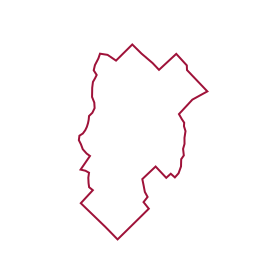 Nova Bréscia, Rio Grande do Sul, Brazil, rotated 316°
{"feature_id": "56859067B97551454910446", "entity_name": "Nova Bréscia", "entity_type": "district", "adm_level": 2, "iso_a3": "BRA", "parent_name": "Brazil", "parent_adm1": "Rio Grande do Sul", "projection": "natural_earth1", "projection_center": [-52.037, -29.217], "detail": "fine", "context": "isolated", "style": "outline", "palette": "rose", "viewbox_px": 256, "rotation_deg": 316, "n_neighbors": 0, "source": "geoboundaries", "source_scale": "gbopen_adm2", "svg_char_len": 969}
<svg xmlns="http://www.w3.org/2000/svg" viewBox="0 0 256 256"><g transform="rotate(316 128 128)"><path d="M205.1,155.3L210.5,156.8L210.7,127.3L213.8,123.8L214.2,108.2L190.7,107.7L190.8,98.4L189.4,83.9L189.1,70.9L166.2,71.2L164.1,61.2L159.5,55.1L155.0,57.4L147.9,59.8L143.4,62.7L142.3,68.1L139.0,69.3L134.8,70.5L130.2,74.2L126.3,78.1L123.7,80.7L121.4,86.3L117.8,90.5L112.9,92.3L108.3,92.3L105.4,94.8L102.5,96.8L99.2,98.6L95.7,99.9L91.7,100.6L87.7,99.8L84.2,102.6L82.8,107.1L80.7,111.9L80.5,117.7L81.2,121.7L65.0,125.0L67.7,129.2L68.9,133.1L64.9,136.2L61.3,140.3L58.9,143.6L59.5,148.3L41.8,149.3L43.0,183.6L43.1,200.9L66.9,200.7L86.9,200.5L87.7,192.1L94.2,191.2L95.7,185.7L99.3,180.2L102.8,174.7L121.1,174.9L120.9,190.4L127.0,190.6L127.4,196.1L132.9,195.7L139.4,192.5L144.6,187.4L149.1,186.5L153.1,181.3L157.6,178.7L161.8,174.3L167.2,170.2L169.5,165.6L172.1,163.2L172.9,158.9L174.3,153.4L194.0,152.3L205.1,155.3Z" fill="none" stroke="#9f1239" stroke-width="2"/></g></svg>